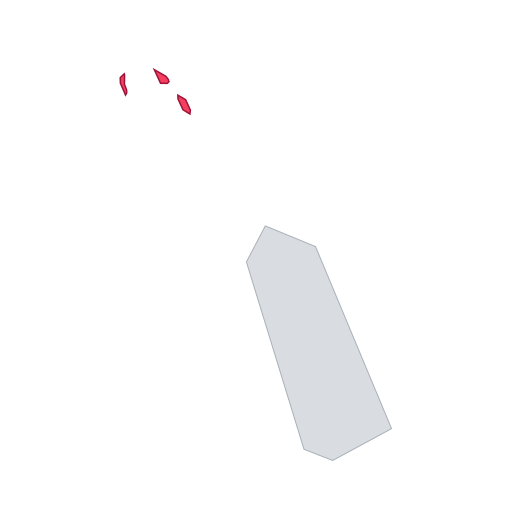 British Virgin Islands shown with its bordering countries, rotated 248°
{"feature_id": "VGB", "entity_name": "British Virgin Islands", "entity_type": "country or territory", "adm_level": 0, "iso_a3": "VGB", "parent_name": "North America", "parent_adm1": "", "projection": "orthographic", "projection_center": [-64.441, 18.576], "detail": "fine", "context": "with_neighbors", "style": "filled", "palette": "rose", "viewbox_px": 512, "rotation_deg": 248, "n_neighbors": 1, "source": "natural_earth", "source_scale": "50m", "svg_char_len": 591}
<svg xmlns="http://www.w3.org/2000/svg" viewBox="0 0 512 512"><g transform="rotate(248 256 256)"><path d="M58.8,228.1L254.1,244.9L280.4,275.9L242.4,314.7L45.2,317.0L37.7,250.5L58.8,228.1Z" fill="#d9dde1" stroke="#a8b0b8" stroke-width="1"/><path d="M427.3,249.3L415.8,249.8L412.4,247.9L418.9,243.1L430.9,242.5L434.4,243.8L427.3,249.3ZM456.5,239.7L452.7,240.8L450.2,240.6L449.3,238.4L451.9,232.2L466.9,231.5L456.5,239.7ZM472.2,196.9L474.3,202.1L473.1,202.0L464.7,198.4L458.2,198.2L455.6,197.2L454.1,195.3L467.1,195.0L472.2,196.9Z" fill="#f43f5e" stroke="#9f1239" stroke-width="1.5"/></g></svg>